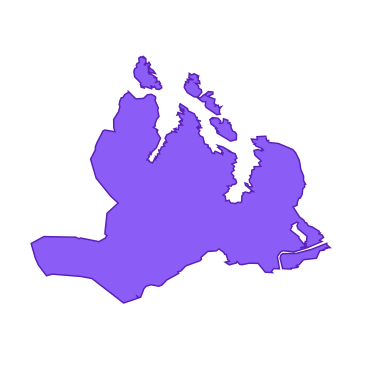 the district of Porsgrunn nor, Telemark, Norway, rotated 192°
{"feature_id": "86288312B50854696471252", "entity_name": "Porsgrunn nor", "entity_type": "district", "adm_level": 2, "iso_a3": "NOR", "parent_name": "Norway", "parent_adm1": "Telemark", "projection": "equal_earth", "projection_center": [9.72, 59.108], "detail": "fine", "context": "isolated", "style": "filled", "palette": "violet", "viewbox_px": 384, "rotation_deg": 192, "n_neighbors": 0, "source": "geoboundaries", "source_scale": "gbopen_adm2", "svg_char_len": 6075}
<svg xmlns="http://www.w3.org/2000/svg" viewBox="0 0 384 384"><g transform="rotate(192 192 192)"><path d="M266.3,271.4L275.2,277.1L275.0,276.1L278.0,273.4L279.2,270.0L280.8,269.4L281.5,265.7L281.4,262.5L280.3,260.5L280.5,255.4L283.7,246.7L282.0,239.0L279.9,234.9L290.1,234.5L291.7,233.3L295.1,220.8L295.9,216.3L295.3,213.2L298.0,203.0L288.6,185.6L270.9,171.2L261.9,165.8L270.7,153.5L268.7,134.2L268.3,132.7L266.1,131.7L267.3,128.8L272.7,124.1L291.6,123.8L292.7,122.8L296.4,123.6L327.6,117.6L338.6,108.2L331.7,95.1L327.1,88.7L316.9,79.8L311.7,82.6L283.2,86.3L271.9,86.6L235.8,69.2L222.9,76.9L224.0,78.6L221.7,77.6L220.4,78.3L218.9,87.4L217.3,90.3L212.8,92.8L204.9,92.9L202.2,94.6L198.4,100.7L188.1,109.6L189.4,110.9L186.5,112.4L182.8,118.4L169.8,126.5L168.8,128.3L169.7,129.8L164.3,137.1L156.0,139.5L153.8,142.0L148.5,139.6L147.1,137.9L145.5,138.0L143.0,133.3L141.1,132.0L144.9,130.3L140.5,128.5L134.0,131.7L133.6,133.4L130.1,131.1L128.0,131.3L121.1,134.3L112.4,135.9L103.7,128.8L96.6,129.9L97.8,130.8L96.2,134.1L90.5,135.0L95.1,146.7L92.9,151.8L90.8,153.4L79.9,154.6L69.0,160.7L70.3,162.0L73.7,160.1L74.6,159.8L69.6,162.6L77.9,169.0L78.1,170.4L88.0,175.3L87.0,179.2L88.0,180.3L83.3,184.3L81.7,184.0L82.3,180.7L80.6,178.1L70.4,172.8L69.6,167.4L70.9,167.2L71.1,164.9L69.6,165.2L69.8,163.4L67.6,161.5L54.7,170.6L57.3,171.3L53.9,174.9L55.6,176.8L58.3,177.4L58.1,178.3L59.2,177.6L59.4,180.0L68.0,183.1L67.3,182.7L71.3,183.2L73.5,185.6L74.8,185.4L76.8,187.7L81.6,189.9L90.1,198.5L86.5,200.8L86.8,204.7L86.3,207.7L85.3,208.4L86.4,208.6L84.9,208.7L83.8,212.4L84.3,218.2L82.9,220.2L83.5,223.1L82.6,223.3L85.2,226.3L86.2,230.8L90.3,236.8L93.6,245.3L98.8,251.9L102.3,254.5L117.6,257.4L126.3,256.5L128.6,257.4L128.0,258.3L129.7,258.2L131.5,261.9L140.0,259.6L139.0,256.9L144.9,256.1L142.3,252.9L140.1,252.4L140.7,251.9L139.8,252.1L140.4,251.6L139.5,251.7L140.1,251.3L139.0,250.3L132.2,249.0L131.3,247.9L133.5,248.1L131.3,247.6L132.4,246.5L136.1,247.4L140.0,245.5L138.1,241.1L130.8,236.9L132.9,234.4L130.1,231.4L136.6,229.6L135.7,227.2L138.0,225.8L137.3,221.2L138.8,220.0L137.4,218.9L138.6,216.1L137.8,213.9L134.9,211.2L135.0,209.8L133.6,209.6L137.8,208.9L139.1,211.4L142.0,211.8L141.1,209.8L132.1,205.1L134.9,204.7L135.2,202.9L139.8,203.1L142.0,201.6L141.1,200.4L142.4,198.6L141.3,192.9L142.3,191.8L145.3,191.4L146.9,189.8L152.1,189.3L154.0,191.7L156.9,190.2L158.7,194.9L161.0,195.5L156.8,200.3L157.2,201.6L156.1,203.1L158.6,205.1L154.8,206.0L154.2,207.6L151.6,208.4L150.3,210.3L152.0,213.4L154.4,213.7L154.5,216.4L157.2,218.2L157.3,219.8L155.3,222.0L156.6,223.6L155.8,225.9L158.9,227.7L154.8,230.2L156.7,232.6L155.1,234.3L157.8,238.4L163.9,239.3L163.2,239.8L170.9,242.4L176.5,242.9L174.6,241.6L175.9,241.0L170.9,238.5L171.2,236.6L169.7,236.6L169.7,235.0L177.7,236.7L178.5,235.4L178.0,234.3L180.3,234.2L183.3,238.6L186.3,239.2L185.3,239.5L186.2,241.4L189.7,241.7L192.7,247.9L195.7,248.6L197.9,251.1L197.1,253.6L200.6,256.1L199.5,257.6L198.6,255.8L196.5,256.7L198.4,257.1L197.0,257.6L197.3,258.5L201.0,262.9L197.9,263.2L202.5,263.6L202.4,266.0L203.9,266.1L205.9,268.9L212.4,270.5L213.9,272.7L221.9,275.8L222.2,273.0L218.9,270.8L217.4,271.1L216.9,269.6L220.9,271.2L220.0,269.6L221.0,269.6L217.2,268.0L216.2,266.3L223.0,267.1L222.0,266.8L222.6,264.3L221.1,265.1L219.2,262.4L216.2,260.8L216.3,259.4L217.4,259.9L217.8,257.7L218.3,259.1L219.2,258.2L215.3,255.6L218.9,254.6L218.4,250.3L221.1,250.0L220.9,250.9L222.8,249.9L219.8,247.2L224.5,247.2L224.4,245.9L228.5,242.7L229.5,239.1L227.1,235.6L228.7,235.5L228.0,234.5L229.6,234.0L230.0,232.7L228.4,231.2L231.3,229.6L231.5,226.6L233.3,226.1L231.6,222.6L233.7,222.0L233.0,219.3L235.0,219.3L234.0,217.5L235.6,217.2L234.6,215.9L235.6,215.9L236.7,212.2L240.2,212.9L240.6,214.1L242.7,214.1L241.1,217.8L242.1,218.8L240.6,220.2L240.9,221.1L239.9,220.2L239.6,222.7L236.1,227.8L234.0,238.1L238.7,243.0L239.2,244.6L238.5,244.2L238.4,245.5L243.3,247.3L241.6,249.1L242.3,250.8L241.7,255.6L240.0,259.1L242.6,264.9L242.4,267.2L247.5,274.3L246.9,275.7L247.6,277.7L252.0,279.1L255.8,277.9L258.9,273.5L266.3,271.4ZM49.5,169.8L63.1,160.8L77.1,153.6L90.6,150.5L92.0,148.5L92.1,145.6L87.4,135.9L79.1,137.2L79.4,137.9L73.3,140.1L74.0,140.5L72.9,141.2L74.5,141.9L72.2,143.1L68.9,148.9L56.5,153.1L54.8,161.1L51.0,162.5L51.6,162.9L47.6,165.4L48.3,165.6L45.4,166.3L49.0,168.3L49.5,169.8ZM263.6,284.0L260.5,283.8L261.1,284.8L258.6,285.3L252.9,284.6L252.8,285.9L254.7,287.6L251.4,286.3L250.6,287.5L248.4,285.2L245.4,285.5L243.3,287.5L243.8,289.1L246.3,290.7L245.5,291.6L247.3,293.5L250.1,292.0L249.3,293.7L249.9,295.0L252.2,296.0L250.8,296.5L257.2,299.1L258.3,298.5L259.7,300.1L259.6,301.5L257.4,299.3L258.3,300.5L252.5,300.3L255.4,303.0L258.8,304.1L259.8,302.1L261.0,305.4L259.3,305.1L260.2,306.4L259.1,307.7L261.1,309.9L262.1,308.2L263.4,308.6L264.2,306.4L265.1,306.7L264.0,309.3L264.9,312.8L268.5,314.8L267.3,313.2L270.2,313.7L271.9,311.8L270.5,307.6L272.4,306.4L272.9,304.4L271.8,302.5L273.7,300.4L273.9,297.6L272.0,292.7L264.8,288.0L264.8,286.5L263.2,285.3L264.0,284.9L263.6,284.0ZM164.9,249.8L159.5,252.4L160.4,257.7L162.2,259.5L165.0,260.1L167.4,263.4L167.6,265.5L169.5,266.5L169.2,267.5L170.4,267.9L169.3,267.3L169.7,266.5L171.3,267.0L171.8,269.6L176.4,270.2L176.0,266.8L177.5,265.1L179.3,265.0L178.5,267.1L181.7,269.5L187.5,269.1L188.1,268.2L186.3,267.8L188.5,267.8L189.6,266.6L187.4,262.5L181.2,259.5L182.1,258.9L178.9,256.5L180.4,256.6L179.7,254.9L164.9,249.8ZM221.5,295.7L221.3,292.6L217.1,288.2L209.6,285.5L206.1,286.2L203.2,291.6L204.2,294.0L207.2,295.0L207.4,296.9L211.4,299.1L206.8,299.5L207.8,302.2L209.3,302.2L209.7,305.6L210.7,305.6L209.7,306.8L214.5,308.1L216.8,306.4L219.3,307.5L218.8,303.2L213.8,301.9L220.1,301.3L219.9,300.1L218.4,300.1L218.2,298.2L221.2,298.5L220.5,295.7L221.5,295.7ZM183.7,272.8L180.6,274.0L181.8,275.6L182.3,279.3L181.2,281.4L183.1,280.2L184.5,282.4L187.2,281.0L186.8,282.4L188.8,283.0L188.9,287.6L196.5,288.8L191.9,292.1L192.3,294.1L196.7,293.7L199.1,290.9L198.6,289.7L200.3,289.8L203.3,286.0L206.8,285.6L200.6,282.5L197.3,283.1L197.1,279.4L195.6,277.6L183.7,272.8Z" fill="#8b5cf6" stroke="#5b21b6" stroke-width="1.5"/></g></svg>